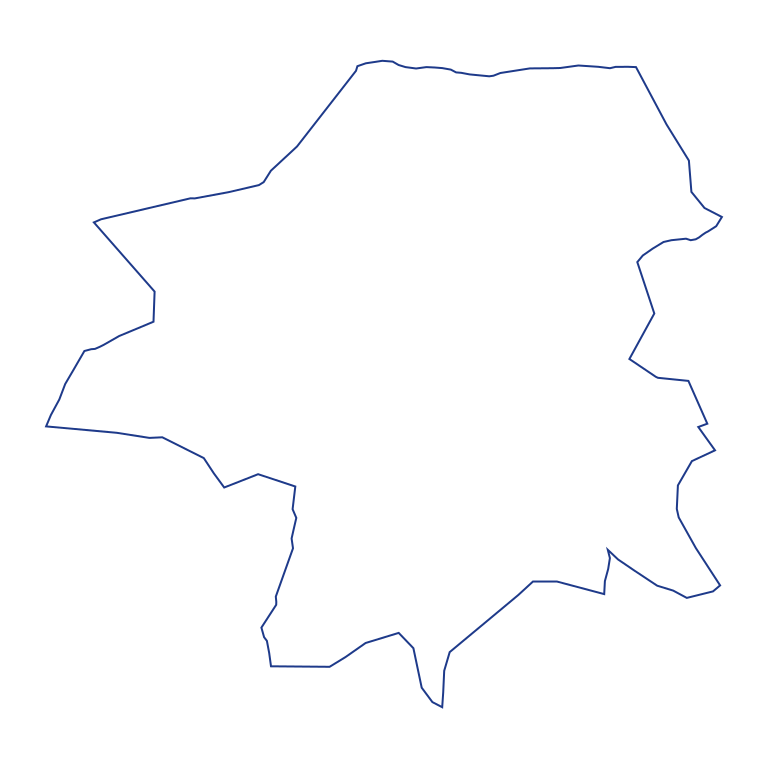 outline of Yabo, Sokoto, Nigeria
{"feature_id": "59680162B68131021355449", "entity_name": "Yabo", "entity_type": "district", "adm_level": 2, "iso_a3": "NGA", "parent_name": "Nigeria", "parent_adm1": "Sokoto", "projection": "albers", "projection_center": [4.952, 12.773], "detail": "fine", "context": "isolated", "style": "outline", "palette": "blue", "viewbox_px": 768, "rotation_deg": 0, "n_neighbors": 0, "source": "geoboundaries", "source_scale": "gbopen_adm2", "svg_char_len": 1671}
<svg xmlns="http://www.w3.org/2000/svg" viewBox="0 0 768 768"><path d="M46.1,426.4L116.8,432.8L149.4,437.9L162.3,437.3L203.8,458.1L213.8,473.3L224.2,487.5L258.1,474.2L295.3,486.5L292.6,509.2L296.3,517.9L293.4,530.5L291.6,538.5L293.0,548.3L275.8,596.6L276.3,601.9L276.2,604.8L261.4,627.6L264.1,637.2L266.9,640.9L269.2,653.1L271.0,666.3L329.6,666.8L345.6,657.0L365.6,643.0L398.7,632.9L413.4,648.2L421.7,687.7L432.4,702.1L442.2,707.2L443.2,692.6L444.2,670.8L449.7,652.1L518.3,595.0L533.0,581.5L556.8,581.5L604.2,594.1L604.9,581.1L608.2,568.9L609.9,558.1L607.8,549.8L618.1,559.5L635.0,571.0L657.2,585.7L673.2,590.6L686.8,597.9L713.0,591.4L720.1,585.4L695.8,548.0L678.7,517.4L676.8,508.9L677.9,485.4L691.9,461.1L715.0,450.3L698.3,427.0L707.3,423.7L688.4,380.9L657.9,377.8L655.8,376.8L629.4,359.0L654.3,313.5L637.3,262.1L642.8,255.5L652.7,248.6L663.5,242.0L671.4,240.2L686.0,238.7L690.7,240.2L695.7,239.3L699.1,237.4L702.3,234.9L705.7,232.6L707.9,231.5L716.2,226.2L721.9,217.0L704.5,208.0L691.4,191.9L688.9,160.6L666.5,124.4L636.0,67.1L627.8,66.8L615.5,66.9L610.0,68.2L598.2,66.8L578.4,65.5L560.2,68.0L552.7,68.2L529.9,68.4L500.4,73.0L493.5,75.7L489.3,76.3L469.6,74.4L461.1,72.8L456.1,72.4L450.8,69.6L442.3,68.1L434.7,67.5L426.4,67.1L416.1,68.5L405.5,67.1L398.6,65.0L392.7,61.6L382.3,60.8L375.2,61.9L365.8,63.3L357.4,66.2L356.0,70.8L297.0,146.5L270.9,170.7L263.7,182.1L258.9,185.1L228.4,192.2L194.8,198.4L190.5,198.3L101.4,219.2L101.0,219.3L94.4,222.2L93.9,222.4L154.6,291.6L153.5,321.7L132.2,330.6L119.2,336.0L103.6,344.9L99.8,346.8L95.0,348.9L91.2,349.2L84.4,351.0L73.7,369.5L65.2,384.0L59.3,399.5L50.9,415.0L46.1,426.4Z" fill="none" stroke="#1e3a8a" stroke-width="2"/></svg>